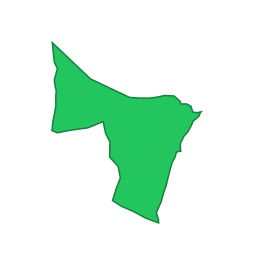 Tserkezoi, Cyprus, rotated 168°
{"feature_id": "46923920B77369159713494", "entity_name": "Tserkezoi", "entity_type": "district", "adm_level": 2, "iso_a3": "CYP", "parent_name": "Cyprus", "parent_adm1": "", "projection": "mercator", "projection_center": [32.988, 34.647], "detail": "fine", "context": "isolated", "style": "filled", "palette": "green", "viewbox_px": 256, "rotation_deg": 168, "n_neighbors": 0, "source": "geoboundaries", "source_scale": "gbopen_adm2", "svg_char_len": 893}
<svg xmlns="http://www.w3.org/2000/svg" viewBox="0 0 256 256"><g transform="rotate(168 128 128)"><path d="M184.3,227.2L186.4,207.7L184.7,200.7L190.1,190.4L190.5,185.7L190.5,179.2L192.2,173.5L193.9,164.8L197.6,155.7L199.7,151.2L202.9,141.3L202.1,140.7L198.2,138.0L184.8,137.8L167.4,136.5L151.0,139.4L151.0,127.2L148.6,118.1L152.0,103.3L145.6,92.3L145.9,80.8L152.0,71.4L158.2,60.2L150.2,52.4L140.3,45.4L129.6,36.3L125.0,33.3L117.8,28.8L117.3,31.5L117.7,37.8L117.9,39.3L111.4,48.3L110.9,49.0L106.6,57.3L102.7,63.6L98.5,72.5L92.3,84.7L87.8,90.0L85.7,94.4L81.0,94.5L81.1,96.6L79.9,102.0L75.1,108.2L70.2,111.8L65.4,117.4L62.7,121.4L60.2,122.5L56.1,124.8L54.2,127.8L53.1,128.6L57.1,128.6L61.3,130.1L61.9,136.2L65.7,139.4L71.4,140.5L71.4,143.2L76.3,149.8L85.6,152.2L92.2,152.1L101.0,152.8L110.6,154.9L120.1,157.6L154.4,183.7L184.3,227.2Z" fill="#22c55e" stroke="#15803d" stroke-width="1.5"/></g></svg>